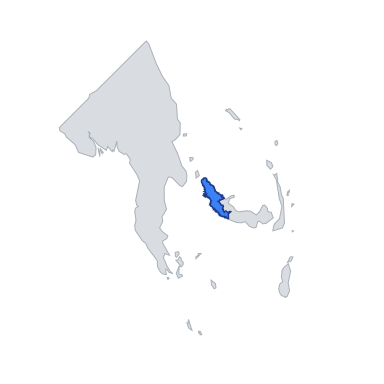 location of Kandrian/Gloucester District, West New Britain, Papua New Guinea, rotated 46°
{"feature_id": "67681753B75341820849490", "entity_name": "Kandrian/Gloucester District", "entity_type": "district", "adm_level": 2, "iso_a3": "PNG", "parent_name": "Papua New Guinea", "parent_adm1": "West New Britain", "projection": "albers", "projection_center": [149.495, -5.876], "detail": "fine", "context": "in_parent", "style": "filled", "palette": "blue", "viewbox_px": 384, "rotation_deg": 46, "n_neighbors": 0, "source": "geoboundaries", "source_scale": "gbopen_adm2", "svg_char_len": 9159}
<svg xmlns="http://www.w3.org/2000/svg" viewBox="0 0 384 384"><g transform="rotate(46 192 192)"><path d="M53.5,242.6L52.8,200.9L50.7,197.8L52.7,190.4L51.6,120.0L55.6,120.3L75.0,128.6L88.2,132.9L99.6,134.8L110.1,141.8L117.9,142.1L129.4,151.8L134.1,152.5L142.3,160.7L142.8,167.4L141.9,171.6L154.3,175.6L166.2,181.2L172.6,181.8L176.2,183.8L180.6,188.6L181.4,195.2L178.9,196.3L167.8,196.3L164.7,198.5L169.2,208.7L179.2,218.1L186.8,222.3L189.0,230.8L192.8,233.4L195.3,240.2L199.2,240.9L206.8,239.8L208.0,242.6L206.9,246.8L208.0,248.5L221.9,252.1L217.3,254.3L219.4,258.2L228.5,261.6L234.1,262.8L237.5,262.5L233.6,264.4L230.0,263.8L229.3,264.4L230.8,266.0L233.7,267.7L230.7,270.0L227.6,270.3L222.0,268.8L217.1,264.6L201.9,262.8L196.7,261.0L192.5,261.6L180.2,259.4L176.2,256.4L173.4,251.9L166.1,246.6L164.4,243.9L165.1,240.4L163.1,240.9L158.9,238.4L147.6,222.0L141.9,219.7L127.8,216.9L125.7,213.8L119.1,212.6L117.7,214.7L112.3,216.2L107.7,214.7L103.1,210.7L108.6,219.8L106.7,219.8L107.6,221.2L106.5,221.4L100.7,220.9L102.5,224.7L92.8,226.9L85.6,226.2L82.2,227.2L80.7,227.1L78.8,224.3L76.2,224.9L78.4,224.9L81.2,228.1L87.3,227.6L93.2,230.0L98.2,235.3L98.0,239.1L84.7,246.1L76.9,243.2L65.5,244.2L61.5,243.1L56.4,244.5L53.5,242.6ZM256.0,149.1L258.8,151.0L261.6,149.1L267.0,151.5L266.0,160.6L264.2,163.1L259.6,164.0L259.0,165.3L262.0,170.6L260.8,172.5L256.8,174.5L250.2,174.3L248.5,177.9L244.8,181.2L230.6,187.6L215.3,188.1L210.2,184.1L204.9,184.8L197.8,180.1L191.8,178.2L190.6,176.4L190.7,174.1L192.4,172.7L203.0,172.9L209.8,174.8L218.6,173.7L221.1,172.2L222.0,166.4L223.5,164.0L225.0,165.1L223.1,169.6L225.2,173.7L231.5,172.5L235.6,173.4L238.7,172.2L243.2,166.0L246.7,163.1L253.2,161.7L253.1,157.0L250.8,150.6L251.8,148.8L256.0,149.1ZM333.3,196.3L332.5,198.3L332.1,197.7L328.8,199.6L325.1,198.9L321.8,196.8L319.3,193.1L319.3,189.0L315.7,187.1L311.0,181.8L310.1,178.3L310.5,172.6L317.4,176.0L324.2,186.0L330.9,190.5L333.3,196.3ZM280.7,151.8L276.1,160.8L273.3,157.1L272.2,154.5L272.0,147.6L264.7,137.2L257.2,133.7L241.9,122.9L235.9,121.2L237.4,120.7L237.4,118.1L245.0,123.7L249.6,125.1L255.9,129.4L260.1,130.9L278.6,147.1L280.7,151.8ZM158.7,106.9L173.2,107.3L173.5,108.5L171.6,108.6L169.1,110.8L160.4,110.2L156.7,111.4L156.4,109.8L157.8,109.4L157.6,107.7L158.7,106.9ZM231.6,245.7L234.2,247.3L236.4,247.1L238.1,248.8L238.4,251.8L237.4,252.4L236.8,251.5L229.8,250.9L231.2,249.3L229.9,246.0L231.6,245.7ZM230.1,119.7L225.0,119.7L221.1,116.2L226.1,114.5L229.9,116.1L230.1,119.7ZM241.8,258.4L245.1,256.6L245.8,257.2L244.6,261.7L239.6,259.8L236.2,252.5L241.8,258.4ZM268.6,239.5L274.1,238.7L276.8,240.7L277.6,241.4L277.0,243.3L272.4,242.5L268.6,239.5ZM281.2,283.1L291.5,288.1L287.6,288.9L284.4,287.5L284.0,286.3L282.7,286.7L283.4,285.9L281.2,283.1ZM184.8,179.4L180.2,175.7L180.4,173.1L185.3,175.3L184.8,179.4ZM228.2,248.5L226.8,248.6L223.8,246.0L225.6,243.1L227.7,244.2L228.2,248.5ZM309.0,172.4L307.0,166.3L308.8,164.5L310.5,168.4L309.0,172.4ZM168.8,172.0L165.6,169.7L167.9,167.5L169.3,168.6L168.8,172.0ZM217.4,98.9L215.6,99.3L213.3,97.3L213.9,95.1L216.7,96.6L217.4,98.9ZM147.6,157.2L145.7,159.4L144.4,157.7L146.5,155.3L147.6,157.2ZM242.6,228.3L242.7,235.5L241.3,234.1L241.9,231.1L240.5,230.2L242.6,228.3ZM99.4,230.7L102.5,233.7L94.9,229.0L99.4,230.7ZM102.0,230.0L97.9,228.8L97.1,227.9L101.9,228.3L102.0,230.0ZM301.2,283.9L300.9,285.0L298.2,285.1L296.4,283.6L298.1,284.0L297.9,283.0L301.2,283.9ZM271.6,127.1L271.7,130.4L269.8,128.1L271.6,127.1ZM261.4,125.2L260.6,126.1L258.7,123.8L259.1,123.3L261.4,125.2ZM238.4,268.6L238.1,270.1L236.3,269.4L236.6,268.4L238.4,268.6ZM259.8,122.6L258.3,123.0L258.5,120.7L259.8,122.6ZM181.0,112.0L181.2,113.6L179.1,113.3L181.0,112.0ZM290.7,146.0L290.5,147.5L289.4,147.0L290.7,146.0Z" fill="#d9dde1" stroke="#a8b0b8" stroke-width="1"/><path d="M219.0,173.4L218.5,173.1L218.3,173.3L218.1,173.0L217.7,172.9L217.7,173.3L217.6,173.6L216.7,173.9L216.7,174.2L215.6,174.0L215.9,172.8L215.8,172.5L215.4,172.3L215.3,172.6L215.5,172.5L215.5,173.1L214.9,173.1L214.6,173.3L214.4,173.3L214.4,173.1L214.1,173.2L213.9,173.2L212.8,173.7L212.7,173.9L212.4,174.0L212.5,174.1L212.2,174.3L211.7,174.3L211.4,173.9L211.3,174.3L211.0,174.3L210.6,174.0L210.1,174.6L209.8,174.2L209.2,174.5L208.5,174.4L208.3,174.6L207.1,174.8L206.7,174.5L207.0,174.4L206.7,174.1L206.3,173.9L206.1,174.0L205.2,173.4L204.6,173.4L204.3,173.0L204.2,173.2L203.9,173.2L203.7,172.9L203.0,172.6L202.9,172.7L202.7,172.4L202.0,172.6L201.1,173.0L200.7,172.9L200.2,173.6L199.9,173.7L199.5,173.6L199.3,173.8L199.1,173.8L199.0,173.5L198.6,173.5L198.0,172.9L197.1,173.1L196.9,172.8L196.5,172.8L195.8,173.4L195.3,173.4L195.2,173.9L194.7,174.0L194.0,173.8L194.0,173.2L193.7,173.1L193.5,172.8L192.8,172.6L192.7,172.4L192.2,172.2L191.3,172.5L190.8,173.0L190.4,174.2L190.5,174.6L190.3,174.5L190.4,175.0L190.1,175.9L190.1,176.3L190.3,177.0L191.0,177.8L191.6,178.3L192.5,178.6L193.6,178.8L194.0,179.1L194.0,179.3L194.6,179.6L194.9,179.7L195.0,179.3L195.5,179.1L196.0,179.4L196.2,179.8L196.5,179.9L197.3,179.9L197.7,180.3L198.3,180.1L198.5,180.4L198.5,180.7L198.7,181.0L198.2,181.6L198.8,181.3L198.8,181.0L199.0,181.1L199.5,181.0L199.9,181.3L200.0,181.6L200.5,181.9L200.1,182.2L200.1,182.6L200.5,182.2L200.9,182.6L201.1,182.5L201.4,182.8L201.5,182.7L201.9,183.0L202.2,182.8L202.3,183.1L202.5,183.2L202.8,183.2L203.1,183.1L203.2,183.3L203.3,183.4L203.4,183.0L203.6,182.9L203.6,183.4L203.3,183.6L203.1,183.7L203.1,183.9L203.2,184.1L203.5,184.0L204.0,184.4L203.9,184.7L204.1,184.7L203.7,184.9L204.1,185.1L204.0,185.4L203.8,185.4L203.8,185.2L203.6,185.2L203.7,185.7L204.3,185.3L204.5,185.5L205.0,185.5L205.7,184.6L205.8,184.3L205.6,184.2L205.9,184.2L205.9,184.4L206.4,184.2L206.4,184.4L207.3,184.4L207.7,184.1L207.7,183.7L207.8,183.8L208.1,183.9L208.3,183.6L209.4,183.7L209.7,183.9L210.0,183.8L210.3,184.1L211.6,184.5L211.8,184.4L211.8,185.0L212.2,185.3L212.5,185.9L212.8,186.1L213.0,186.7L213.1,186.2L213.4,187.3L214.4,188.1L215.4,188.0L215.5,188.2L216.0,187.9L217.0,187.7L218.1,188.0L218.1,187.7L218.2,188.0L218.6,187.9L219.0,188.1L219.2,187.6L219.6,187.8L219.7,187.7L219.6,188.0L219.9,188.2L220.2,187.8L220.6,187.8L220.9,187.4L221.2,187.6L221.3,187.7L221.6,188.1L221.8,188.0L221.8,187.8L221.9,188.1L221.7,188.5L221.8,188.6L222.5,188.1L222.4,187.9L222.1,187.9L222.1,187.7L222.6,187.6L222.4,187.5L222.6,187.2L223.0,187.3L223.1,188.0L223.3,188.1L224.5,187.5L224.8,187.1L225.2,187.0L225.4,187.1L225.3,187.4L225.6,187.6L225.7,187.4L226.0,187.4L226.0,188.0L227.2,187.8L227.1,187.7L227.5,187.6L227.6,187.8L227.8,187.5L227.7,187.8L227.8,188.0L228.2,187.6L228.5,187.7L229.3,187.7L229.7,187.5L230.4,187.4L230.8,186.8L231.2,186.5L231.6,186.4L232.2,185.5L232.5,185.7L232.4,185.4L232.6,185.3L232.7,185.6L233.1,185.3L233.1,184.9L233.2,185.2L233.5,185.1L233.4,185.6L234.2,185.2L234.6,185.2L235.0,184.9L235.6,184.8L235.5,185.0L235.8,184.7L236.0,184.7L236.1,184.3L236.4,184.1L233.0,181.1L233.1,177.8L232.7,178.0L232.6,178.4L232.3,178.4L232.3,178.9L231.9,179.3L231.9,180.1L231.8,180.4L229.2,180.8L228.8,182.5L228.9,182.8L228.4,182.6L228.1,182.4L227.6,182.7L227.2,182.3L226.7,182.2L226.6,181.8L226.2,181.5L225.8,181.9L225.4,181.4L224.8,181.3L224.5,180.0L224.3,179.6L223.9,179.6L223.8,179.2L223.5,179.1L223.1,179.0L222.6,179.2L221.6,180.1L221.1,179.9L219.5,179.7L218.7,179.4L216.9,179.7L217.4,178.8L217.1,177.3L217.3,177.3L217.3,177.1L217.6,177.0L219.0,173.4ZM203.5,184.1L203.2,184.1L203.2,184.3L203.3,184.2L203.6,184.4L203.8,184.3L203.5,184.1ZM202.4,185.1L202.1,185.1L202.4,185.3L202.3,185.8L202.4,185.3L202.4,185.1ZM223.2,188.5L223.3,188.2L223.1,188.1L223.0,188.4L223.2,188.5ZM220.7,188.4L221.2,188.1L220.7,188.4ZM228.8,188.0L228.9,187.9L228.4,187.8L228.8,188.0ZM213.5,187.8L213.5,187.6L213.3,187.4L213.3,187.7L213.5,187.8ZM203.9,186.1L203.9,185.9L203.7,186.1L203.9,186.1ZM203.4,184.5L203.4,184.8L203.5,184.6L203.4,184.5ZM203.1,185.2L203.0,184.9L202.9,185.0L203.1,185.2ZM200.8,182.6L200.6,182.4L200.8,182.6ZM203.5,185.5L203.2,185.3L203.1,185.2L203.3,185.6L203.5,185.5ZM202.2,186.0L202.2,185.9L202.0,186.1L201.7,186.0L201.9,186.2L202.2,186.0ZM211.2,173.5L211.4,173.6L211.2,173.5ZM217.9,188.7L217.7,188.5L217.9,188.7ZM203.6,185.8L203.3,185.6L203.2,185.8L203.6,185.8ZM227.9,188.1L227.7,188.1L227.8,188.2L227.9,188.1ZM213.2,187.1L213.2,186.9L213.0,187.0L213.2,187.1ZM213.2,187.4L213.3,187.3L213.1,187.2L213.1,187.3L213.2,187.4ZM203.0,185.5L203.1,185.4L202.9,185.5L203.2,185.5L203.0,185.5ZM202.6,184.1L202.9,184.1L202.7,184.0L202.6,184.1ZM203.8,184.6L203.9,184.4L203.7,184.5L203.8,184.6ZM202.8,184.5L202.7,184.4L202.6,184.5L202.8,184.5ZM227.4,188.2L227.0,188.2L227.4,188.3L227.4,188.2ZM200.9,182.7L200.7,182.8L200.8,182.8L200.9,182.7ZM203.7,184.8L203.8,184.7L203.6,184.7L203.7,184.8ZM202.9,185.4L203.0,185.3L202.8,185.2L202.9,185.4ZM202.8,184.8L202.9,184.7L202.7,184.8L202.8,184.8ZM219.5,188.0L219.5,187.9L219.3,188.0L219.5,188.0ZM219.3,188.8L219.4,188.7L219.3,188.8ZM218.4,188.4L218.6,188.4L218.4,188.4ZM202.6,183.7L202.8,183.6L202.6,183.7ZM227.0,188.1L226.9,187.9L226.8,188.0L227.0,188.1ZM220.0,188.4L219.9,188.3L219.9,188.5L220.0,188.4ZM229.7,187.7L229.9,187.6L229.7,187.6L229.7,187.7ZM228.8,187.9L229.0,187.9L228.8,187.9ZM229.2,187.9L229.3,187.8L229.1,187.9L229.2,187.9Z" fill="#3b82f6" stroke="#1e3a8a" stroke-width="1.5"/></g></svg>